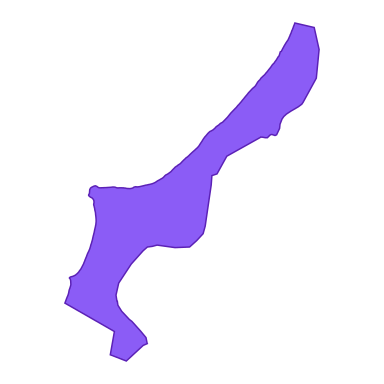 the district of Choc, Castries, Saint Lucia
{"feature_id": "8701671B12567928056648", "entity_name": "Choc", "entity_type": "district", "adm_level": 2, "iso_a3": "LCA", "parent_name": "Saint Lucia", "parent_adm1": "Castries", "projection": "natural_earth1", "projection_center": [-60.976, 14.031], "detail": "fine", "context": "isolated", "style": "filled", "palette": "violet", "viewbox_px": 384, "rotation_deg": 0, "n_neighbors": 0, "source": "geoboundaries", "source_scale": "gbopen_adm2", "svg_char_len": 5869}
<svg xmlns="http://www.w3.org/2000/svg" viewBox="0 0 384 384"><path d="M294.9,23.0L294.8,23.4L294.5,24.0L294.4,24.4L294.1,25.1L293.9,25.6L293.7,26.0L293.5,26.5L293.2,27.6L293.0,28.0L292.6,29.1L292.5,29.4L292.3,29.9L291.8,30.8L291.4,32.0L291.3,32.4L291.1,32.9L290.8,33.7L290.6,34.0L290.4,34.5L290.2,34.8L290.0,35.6L289.5,36.6L289.3,37.1L289.1,37.6L288.8,38.2L288.4,39.1L288.2,39.5L288.0,40.0L287.4,40.8L287.0,41.4L286.1,42.7L285.6,43.5L285.4,43.9L284.9,44.7L284.3,45.7L283.9,46.4L283.7,46.9L283.4,47.4L283.1,47.9L282.4,49.2L282.1,49.9L281.9,50.2L281.3,51.4L280.3,51.8L279.2,55.5L279.0,55.9L278.7,56.3L278.2,56.8L277.8,57.4L277.6,57.8L277.4,58.1L277.0,58.8L276.5,59.6L276.2,60.1L275.9,60.5L275.6,60.9L275.2,61.4L274.3,62.7L274.1,63.1L273.8,63.4L273.4,63.7L272.2,65.0L271.7,65.8L271.4,66.2L271.2,66.5L270.9,67.0L270.4,67.6L269.9,68.3L269.4,68.8L269.2,69.2L268.7,69.7L268.0,70.7L267.8,70.9L267.5,71.3L267.2,71.6L266.8,72.2L265.9,73.1L265.4,73.8L265.1,74.2L264.3,75.1L263.9,75.4L263.0,76.2L262.7,76.5L262.0,77.2L261.6,77.5L261.4,77.7L261.1,78.0L260.8,78.4L260.6,78.7L260.3,79.2L259.8,79.9L259.2,80.4L258.9,80.7L257.6,82.2L256.9,83.5L255.9,85.1L255.5,85.8L255.1,86.2L254.6,86.7L253.4,87.8L253.1,88.0L252.7,88.3L252.4,88.6L251.4,89.7L251.1,90.0L249.9,91.3L249.5,91.7L249.2,92.1L248.8,92.4L246.6,95.2L246.3,95.5L245.8,96.1L245.3,96.7L244.8,97.3L244.3,97.9L244.0,98.4L242.5,100.1L242.2,100.5L241.8,101.0L240.7,102.4L239.6,103.6L238.8,104.6L238.3,105.1L238.0,105.3L237.6,105.8L237.3,106.2L237.1,106.5L236.8,106.8L236.2,107.6L235.6,108.1L230.7,113.2L227.5,117.2L224.6,120.2L222.5,122.3L220.4,123.4L218.5,125.2L217.3,125.9L217.0,126.2L216.1,126.8L215.5,127.5L215.0,128.1L214.6,128.5L214.3,128.7L214.0,129.0L213.7,129.3L213.4,129.6L212.1,130.4L211.6,130.7L211.0,131.0L210.1,131.4L209.8,131.6L208.8,132.5L207.7,133.6L207.4,134.0L206.8,134.7L206.0,135.7L205.6,136.1L204.7,137.1L204.3,137.7L204.0,138.1L203.6,138.6L203.3,139.1L203.0,139.6L202.5,140.3L202.1,141.1L201.7,141.7L201.4,142.1L201.2,142.4L200.0,144.2L199.7,144.7L199.5,145.0L199.1,145.7L197.6,147.5L196.4,148.6L196.2,148.8L195.7,149.2L195.3,149.6L194.8,150.1L194.6,150.3L194.1,150.7L193.3,151.4L192.5,152.1L191.0,153.5L190.4,154.1L189.8,154.6L189.4,155.1L188.9,155.6L188.0,156.4L187.5,156.9L187.2,157.1L186.3,157.6L184.6,159.3L184.0,159.8L183.7,160.1L182.9,160.9L182.2,161.6L181.9,161.9L181.6,162.3L181.3,162.6L180.4,163.5L179.8,164.0L179.3,164.3L179.0,164.5L178.4,164.8L178.0,165.1L177.6,165.5L177.2,165.9L176.5,166.2L176.1,166.5L175.3,167.1L175.0,167.3L174.5,167.9L173.6,168.8L172.9,169.5L172.6,169.8L171.6,170.9L171.1,171.5L170.5,172.0L170.2,172.2L169.1,173.0L168.4,173.5L167.7,174.0L167.2,174.3L165.9,174.9L165.5,175.2L165.2,175.5L164.8,175.8L164.5,176.2L164.1,176.7L163.8,176.9L163.3,177.5L162.7,177.9L162.4,178.2L162.0,178.4L161.4,178.7L160.7,179.1L160.2,179.4L159.9,179.6L159.2,180.0L158.0,180.6L157.5,180.9L156.6,181.5L156.3,181.7L155.3,182.4L154.0,183.0L153.6,183.2L152.3,183.7L151.6,183.9L150.8,184.1L150.4,184.2L149.2,184.5L148.9,184.5L146.9,185.0L146.1,185.1L145.5,185.2L145.2,185.3L142.4,186.0L140.7,186.4L139.3,186.7L137.7,186.9L136.6,186.9L135.9,186.7L134.9,186.9L134.1,187.1L133.7,187.3L133.1,187.8L132.7,188.0L132.3,188.2L131.2,188.4L130.1,188.6L129.7,188.6L128.1,188.5L127.3,188.5L126.8,188.4L126.1,188.3L125.4,188.1L124.1,188.0L123.8,187.9L123.0,187.9L121.7,187.8L120.4,187.8L119.9,187.8L119.3,187.8L118.6,187.9L118.1,187.9L117.2,187.9L115.9,187.5L115.2,187.2L114.5,187.1L112.9,187.0L112.1,187.1L111.4,187.2L110.4,187.3L108.9,187.4L108.3,187.4L107.6,187.5L106.9,187.5L106.2,187.6L105.4,187.6L104.8,187.6L103.8,187.7L103.3,187.7L100.8,187.8L99.4,187.8L99.0,187.7L98.2,187.4L97.4,186.8L96.7,186.3L95.6,185.9L95.2,185.8L94.9,185.9L94.1,186.1L93.3,186.4L92.6,186.8L91.7,187.2L91.4,187.4L90.5,188.1L89.7,189.7L89.6,191.0L89.5,192.4L89.4,193.5L88.9,194.3L88.6,195.1L88.8,195.7L89.3,196.2L89.6,196.5L90.5,197.2L91.2,197.5L91.6,197.7L92.1,198.0L93.0,199.0L93.5,199.7L93.9,200.8L94.0,202.6L93.9,203.1L93.8,203.6L93.7,204.3L93.7,204.9L93.9,205.5L94.1,206.1L94.2,206.8L94.3,207.2L94.5,207.8L94.6,208.3L94.7,209.0L94.8,209.7L94.9,210.3L95.3,211.9L95.4,212.4L95.5,213.2L95.6,214.5L95.7,215.4L95.9,216.8L96.0,218.2L96.1,219.5L96.1,222.0L96.0,222.6L95.9,223.8L95.8,224.8L95.6,225.5L95.5,226.1L95.4,226.7L95.2,227.5L95.0,228.4L94.9,228.9L94.7,229.6L94.5,230.6L94.2,232.3L93.7,234.2L93.5,235.1L93.2,236.1L93.0,237.1L92.7,238.4L92.4,239.9L92.2,240.5L92.0,241.4L91.8,241.8L91.6,242.7L91.3,243.7L90.8,245.0L90.5,246.4L90.0,248.0L89.7,249.0L89.2,250.1L88.9,250.9L88.3,252.1L87.9,252.9L87.6,253.5L87.1,254.8L86.8,255.6L86.3,257.0L86.0,257.6L85.5,258.9L85.2,259.5L84.9,260.5L84.6,261.2L84.3,262.0L84.0,262.6L83.6,263.8L82.7,265.5L82.2,266.5L81.6,267.6L81.2,268.4L80.8,269.1L79.5,270.8L79.2,271.2L78.9,271.8L78.6,272.1L77.7,273.1L77.0,273.8L76.2,274.4L75.4,275.2L75.0,275.3L74.0,275.8L73.4,276.1L72.8,276.3L72.0,276.6L71.2,276.7L70.5,277.0L69.8,277.4L69.4,278.0L69.8,278.5L70.2,279.0L70.4,279.6L70.7,280.8L70.8,283.3L70.9,284.4L70.5,286.2L70.1,287.4L69.8,288.4L69.4,289.4L69.1,290.5L69.0,290.9L68.8,292.2L68.7,292.6L68.5,293.5L68.3,294.2L68.1,294.8L67.7,295.9L67.2,297.0L66.8,298.0L66.3,299.3L65.8,300.7L65.2,302.3L64.9,303.1L114.4,331.5L110.3,354.8L126.3,361.0L143.2,345.4L147.3,343.6L147.1,343.1L146.0,337.6L140.7,331.2L131.9,321.4L129.3,319.4L121.7,311.3L117.9,305.2L117.3,301.1L116.9,301.0L116.0,295.1L118.7,283.1L131.2,264.1L143.1,250.8L147.4,247.0L152.2,246.4L157.1,245.1L175.0,247.6L189.6,247.0L196.6,240.7L203.1,233.7L205.2,226.1L207.4,210.9L211.2,185.0L211.9,175.6L217.0,173.9L226.8,156.2L260.2,137.5L260.6,137.1L262.6,137.2L265.1,137.7L267.4,137.7L269.9,135.2L270.8,134.6L272.0,134.5L275.0,135.5L276.6,134.8L279.6,128.4L280.0,124.3L282.0,119.1L283.8,116.5L286.4,114.1L291.1,111.0L298.3,106.8L301.8,104.2L303.1,102.3L316.3,78.2L319.1,49.5L314.2,27.5L294.9,23.0Z" fill="#8b5cf6" stroke="#5b21b6" stroke-width="1.5"/></svg>